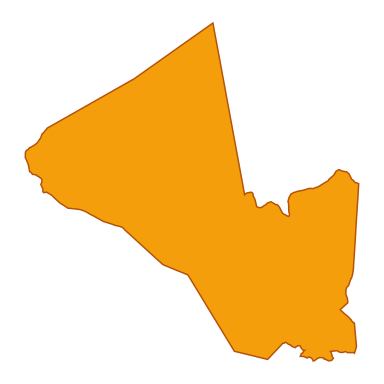 Santa María Temaxcaltepec, Oaxaca, Mexico (Mercator projection)
{"feature_id": "50627088B79749806486423", "entity_name": "Santa María Temaxcaltepec", "entity_type": "district", "adm_level": 2, "iso_a3": "MEX", "parent_name": "Mexico", "parent_adm1": "Oaxaca", "projection": "mercator", "projection_center": [-97.173, 16.168], "detail": "fine", "context": "isolated", "style": "filled", "palette": "amber", "viewbox_px": 384, "rotation_deg": 0, "n_neighbors": 0, "source": "geoboundaries", "source_scale": "gbopen_adm2", "svg_char_len": 2978}
<svg xmlns="http://www.w3.org/2000/svg" viewBox="0 0 384 384"><path d="M132.5,79.7L70.0,115.2L47.4,128.0L44.6,131.3L43.9,132.3L42.8,133.4L42.0,134.0L41.4,135.9L40.7,137.8L37.2,142.9L34.0,145.4L32.6,146.2L29.2,148.0L28.2,149.6L26.5,150.3L25.4,152.2L25.3,157.8L26.6,160.2L27.1,161.7L28.2,164.4L28.7,166.5L29.6,171.6L30.4,171.8L32.5,174.3L36.0,174.9L37.6,176.2L38.8,176.7L41.8,179.2L41.9,182.2L40.8,184.4L43.0,189.3L42.8,191.3L43.2,192.1L43.6,192.7L46.4,192.1L51.7,195.2L53.7,197.2L55.0,198.5L59.9,203.0L63.2,205.0L64.6,206.0L68.0,208.2L74.2,208.8L74.4,208.8L76.7,209.1L80.7,209.7L83.3,210.7L85.0,211.3L87.1,212.4L89.8,214.1L92.9,215.6L95.7,217.2L100.1,219.6L101.7,220.5L103.2,221.4L110.3,223.6L115.4,225.4L119.7,226.4L122.5,227.4L125.0,230.1L127.9,232.7L143.9,247.3L147.8,250.9L153.7,256.3L163.0,264.7L164.7,265.4L170.1,267.6L176.8,270.4L187.9,274.9L197.1,290.0L212.1,314.7L230.0,344.1L234.4,351.3L235.7,351.6L250.2,355.1L267.6,359.4L279.3,347.1L282.9,343.2L283.9,343.3L285.8,342.2L288.2,344.1L289.4,344.7L290.5,344.7L291.2,345.9L292.2,346.5L293.5,347.0L295.2,347.7L296.7,346.4L298.8,345.6L300.4,346.0L300.5,347.0L302.3,349.5L303.1,350.1L303.9,350.4L304.5,350.4L303.8,350.9L303.3,351.7L303.0,352.8L301.4,353.6L300.3,356.3L300.8,356.3L303.9,356.6L305.8,357.3L307.1,358.1L308.6,357.1L309.8,357.2L311.7,358.3L312.4,359.2L313.2,361.0L314.6,360.6L316.3,359.3L318.0,358.1L319.2,357.7L320.3,357.5L321.2,357.7L323.1,357.8L323.7,357.8L324.1,359.1L325.4,359.3L327.4,360.3L328.6,360.8L329.4,360.9L330.4,360.5L331.4,360.5L331.6,360.4L333.4,358.3L332.6,357.1L332.2,356.2L331.2,352.6L330.4,351.4L337.2,350.7L339.1,352.0L340.6,352.4L342.3,352.5L344.2,352.0L345.6,351.5L347.3,352.6L353.9,352.7L354.5,353.2L356.5,346.5L355.4,334.7L354.4,323.1L353.2,322.4L352.1,321.5L351.3,320.0L350.1,318.7L348.1,316.7L346.3,315.1L344.4,313.6L342.9,312.2L340.2,309.6L347.7,302.9L347.7,300.6L347.2,297.8L345.8,294.3L345.8,293.0L346.1,289.1L346.8,287.4L348.7,285.3L350.3,280.3L350.9,279.1L351.7,277.5L352.5,274.7L353.0,271.8L353.4,269.1L353.6,265.1L354.1,257.9L354.6,250.1L355.3,238.8L356.4,219.9L357.9,197.4L358.6,185.5L358.7,183.7L357.5,183.1L355.3,182.6L353.3,180.4L351.5,179.1L351.0,177.8L350.0,175.8L348.9,173.7L346.4,171.7L345.1,171.6L342.9,171.2L340.6,170.4L339.0,169.6L336.1,171.2L333.7,175.2L329.0,179.3L328.3,180.6L322.0,184.4L319.3,186.2L317.5,187.0L312.7,188.7L310.9,188.4L309.1,188.4L304.8,189.8L302.5,190.4L297.6,191.3L295.9,191.9L293.4,192.7L291.0,194.1L289.6,196.3L289.0,197.7L288.0,201.3L288.4,202.8L288.7,205.7L288.7,209.6L288.9,212.0L289.6,214.8L288.7,216.5L287.4,216.0L282.8,213.5L282.0,212.2L280.2,208.8L279.5,207.2L277.5,204.8L275.4,204.4L271.2,201.8L269.6,202.2L267.2,203.1L265.4,205.1L264.1,205.6L262.1,207.1L260.0,207.7L258.1,207.4L256.6,206.5L256.0,203.6L255.6,201.9L255.0,199.5L253.3,196.0L252.8,193.3L251.4,192.2L249.1,192.5L246.4,193.1L244.6,194.7L234.9,142.1L226.2,94.9L219.9,60.7L214.2,30.1L212.9,23.0L132.6,79.9L132.5,79.7Z" fill="#f59e0b" stroke="#b45309" stroke-width="1.5"/></svg>